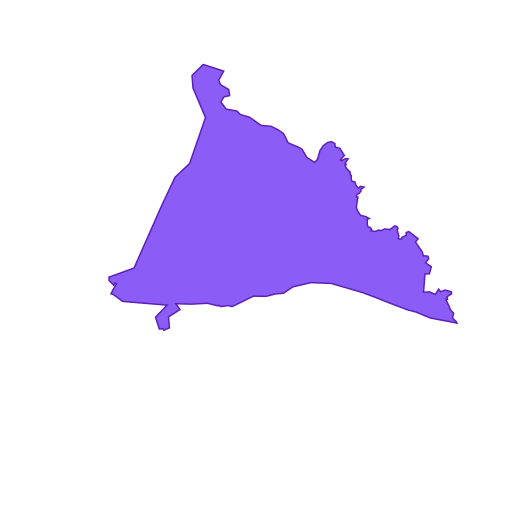 Pachyammos, Nicosia, Cyprus (Equal Earth projection), rotated 320°
{"feature_id": "46923920B29688207074425", "entity_name": "Pachyammos", "entity_type": "district", "adm_level": 2, "iso_a3": "CYP", "parent_name": "Cyprus", "parent_adm1": "Nicosia", "projection": "equal_earth", "projection_center": [32.589, 35.164], "detail": "fine", "context": "isolated", "style": "filled", "palette": "violet", "viewbox_px": 512, "rotation_deg": 320, "n_neighbors": 0, "source": "geoboundaries", "source_scale": "gbopen_adm2", "svg_char_len": 2134}
<svg xmlns="http://www.w3.org/2000/svg" viewBox="0 0 512 512"><g transform="rotate(320 256 256)"><path d="M205.2,279.4L212.3,281.2L228.2,285.1L237.8,293.4L246.6,297.6L253.1,302.2L264.3,303.3L281.0,311.7L296.1,325.5L314.1,352.5L322.0,366.5L327.7,377.2L337.5,394.7L342.3,401.4L349.9,415.9L362.2,430.8L366.8,436.6L367.2,434.7L366.6,430.0L370.6,426.8L370.3,422.3L371.4,419.4L373.6,411.0L375.0,412.2L376.1,410.0L381.5,410.7L382.6,408.9L379.0,403.7L374.4,402.0L374.6,398.8L368.6,400.7L366.0,395.2L361.1,391.4L373.9,378.4L377.4,381.1L383.4,376.9L381.5,370.2L386.5,369.1L387.6,366.6L384.4,363.4L386.0,359.6L387.2,347.7L391.3,347.0L388.8,335.5L386.1,334.6L384.5,336.8L379.8,335.5L378.2,336.6L376.1,334.4L378.3,332.4L380.7,327.1L382.5,326.1L382.8,324.0L381.7,322.1L375.7,321.8L371.9,318.0L368.0,316.9L366.8,315.0L363.5,314.1L360.3,310.7L361.8,309.9L361.8,307.4L360.5,306.0L361.5,303.3L365.0,299.3L366.8,300.1L365.4,296.4L362.2,292.0L362.9,286.2L364.2,283.1L372.0,276.3L370.9,275.0L373.2,273.6L375.2,274.3L378.1,273.8L379.1,272.5L383.0,272.6L380.6,269.7L379.5,269.9L378.4,270.2L377.9,269.4L378.1,265.9L379.4,262.6L377.5,260.7L378.5,258.1L380.8,255.6L380.7,253.9L382.1,252.1L381.7,249.7L381.7,246.9L382.5,243.6L383.9,243.9L384.2,242.1L389.0,240.8L387.2,239.0L382.5,237.8L382.5,236.6L388.4,235.7L388.7,232.4L389.5,227.6L386.8,223.5L388.7,220.5L387.3,216.9L383.8,215.1L378.6,214.8L372.8,216.3L365.4,221.4L361.0,222.0L358.3,213.0L359.9,203.8L358.9,200.8L353.4,190.1L355.8,179.7L354.2,174.0L350.9,166.3L343.8,159.1L340.2,145.4L335.0,137.7L334.5,132.6L327.6,124.3L328.1,115.4L333.9,113.5L338.9,116.2L342.1,110.9L338.9,101.9L340.5,97.3L350.1,93.6L338.7,75.4L323.0,76.6L315.7,86.8L306.3,117.5L264.5,142.5L244.7,143.6L217.5,156.1L154.9,186.8L129.8,177.7L127.6,180.4L128.3,186.9L130.5,186.0L131.4,187.6L124.6,190.0L120.7,191.7L122.0,194.0L124.7,205.1L156.3,236.5L139.7,238.3L135.0,249.8L137.8,251.7L137.6,253.6L138.9,254.0L143.5,255.4L149.9,246.4L163.3,248.2L163.9,241.0L175.5,251.3L185.9,259.1L188.5,261.1L194.9,269.9L195.8,269.8L196.0,270.4L196.5,272.1L202.7,276.0L202.8,276.1L205.2,279.4Z" fill="#8b5cf6" stroke="#5b21b6" stroke-width="1.5"/></g></svg>